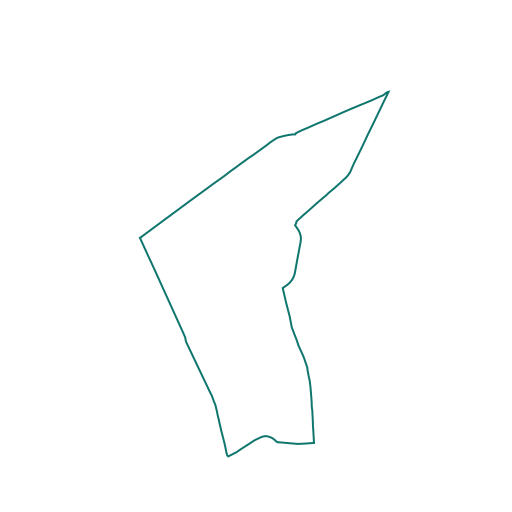 Misr al-Gadida, Al Qahirah, Egypt (Mercator projection), rotated 289°
{"feature_id": "37247803B70915432571750", "entity_name": "Misr al-Gadida", "entity_type": "district", "adm_level": 2, "iso_a3": "EGY", "parent_name": "Egypt", "parent_adm1": "Al Qahirah", "projection": "mercator", "projection_center": [31.323, 30.091], "detail": "fine", "context": "isolated", "style": "outline", "palette": "teal", "viewbox_px": 512, "rotation_deg": 289, "n_neighbors": 0, "source": "geoboundaries", "source_scale": "gbopen_adm2", "svg_char_len": 5565}
<svg xmlns="http://www.w3.org/2000/svg" viewBox="0 0 512 512"><g transform="rotate(289 256 256)"><path d="M234.6,141.1L226.6,148.7L225.1,150.1L210.2,164.4L208.0,166.5L205.2,169.1L204.9,169.4L204.7,169.6L159.4,212.4L155.7,215.8L154.5,216.3L153.9,216.7L153.4,217.0L151.9,218.0L111.5,257.6L111.2,257.9L111.0,258.2L109.5,259.7L104.5,263.8L101.8,266.2L101.4,266.4L101.1,266.6L100.8,266.8L100.7,266.8L100.4,267.0L99.9,267.4L99.6,267.6L99.2,267.8L98.8,268.1L98.2,268.4L97.7,268.8L97.1,269.2L96.6,269.5L96.0,269.9L95.5,270.2L95.3,270.3L94.9,270.5L94.3,270.8L93.8,271.1L93.3,271.5L92.7,271.8L92.2,272.1L91.9,272.3L91.5,272.5L91.4,272.6L91.2,272.8L90.8,273.0L90.4,273.3L89.9,273.6L89.5,273.8L89.1,274.1L88.6,274.4L88.3,274.6L88.1,274.7L88.0,274.8L87.7,274.9L87.4,275.1L87.2,275.2L86.7,275.6L86.2,275.9L85.7,276.2L85.1,276.5L84.8,276.7L84.5,276.9L84.2,277.1L83.8,277.4L83.5,277.6L83.2,277.8L82.7,278.1L82.3,278.3L82.1,278.4L81.6,278.7L81.2,278.9L81.1,279.1L80.6,279.3L76.1,282.3L68.0,287.6L60.4,292.1L58.2,293.6L58.0,293.9L57.8,294.2L57.8,294.5L57.8,294.9L57.6,295.1L59.0,296.5L60.7,298.1L63.9,301.2L69.6,305.5L77.7,311.9L81.1,314.5L81.6,315.0L82.2,315.5L84.1,317.5L86.0,319.4L86.3,319.7L86.6,320.1L86.9,320.5L87.2,320.8L87.5,321.3L87.7,321.7L88.4,322.8L88.6,323.2L88.7,323.5L88.9,323.8L88.9,324.2L89.0,324.5L89.1,324.9L89.2,325.3L89.2,325.7L89.3,326.2L89.3,326.6L89.3,327.1L89.3,327.5L89.3,328.1L89.3,328.6L89.3,329.0L89.3,329.4L89.2,329.7L89.2,330.1L89.0,331.1L88.8,331.8L88.6,332.3L88.4,333.0L88.3,333.3L88.1,333.8L87.7,334.5L87.5,335.1L87.3,335.4L87.2,335.8L87.1,336.1L87.1,336.5L87.0,336.8L87.0,337.2L87.1,337.5L87.1,337.9L87.3,338.2L91.8,356.3L92.0,356.7L92.1,357.1L92.3,357.5L92.4,357.9L94.8,363.9L97.5,370.2L97.8,370.9L97.9,371.2L98.1,371.7L106.7,368.2L108.6,367.4L110.6,366.6L112.6,365.7L114.6,364.9L117.1,364.0L119.5,363.0L121.9,362.1L124.2,361.1L126.1,360.4L127.9,359.7L129.6,358.8L131.3,358.0L133.2,357.2L135.2,356.5L137.1,355.7L139.0,354.9L139.7,354.6L140.4,354.3L142.2,353.5L145.0,352.3L150.4,349.9L155.1,347.6L159.6,344.9L162.6,343.2L164.4,342.1L165.1,341.8L165.5,341.6L167.3,340.8L171.7,337.3L174.6,335.1L177.3,332.8L180.1,330.1L185.4,325.1L188.7,322.7L190.6,321.1L191.7,320.2L192.4,319.6L192.5,319.5L193.0,319.1L194.7,317.6L196.5,316.2L198.2,314.7L200.0,313.2L200.5,312.9L201.1,312.5L209.4,307.8L217.1,302.7L222.4,299.2L234.4,291.7L234.9,292.1L235.2,292.3L235.4,292.5L235.6,292.6L235.9,292.8L236.3,293.1L236.7,293.4L237.0,293.6L237.3,293.8L237.6,294.1L238.0,294.3L238.3,294.5L238.7,294.8L239.0,295.0L239.3,295.2L239.6,295.4L240.0,295.6L240.3,295.8L240.7,296.0L241.0,296.2L241.4,296.4L241.8,296.6L242.1,296.7L242.4,296.8L242.8,297.0L243.2,297.1L243.6,297.3L244.0,297.4L244.4,297.6L244.8,297.7L245.2,297.8L245.6,297.9L246.0,298.0L246.4,298.1L246.8,298.1L247.1,298.2L247.5,298.2L247.9,298.3L248.2,298.3L248.6,298.4L248.9,298.4L249.3,298.4L249.8,298.4L250.2,298.4L250.6,298.4L250.9,298.4L251.3,298.4L251.8,298.3L252.2,298.3L252.7,298.2L253.2,298.2L253.7,298.1L254.2,298.0L254.6,298.0L254.8,297.9L255.2,297.9L255.5,297.8L255.9,297.8L256.3,297.7L256.7,297.6L256.9,297.6L257.2,297.6L257.6,297.5L257.9,297.5L258.1,297.4L258.5,297.4L259.0,297.3L259.4,297.2L259.9,297.1L260.0,297.1L260.4,297.1L260.8,297.0L261.2,296.9L261.5,296.9L262.1,296.8L262.3,296.8L262.7,296.7L263.4,296.6L263.8,296.5L264.2,296.5L264.8,296.4L265.0,296.4L265.4,296.3L265.8,296.2L266.7,296.1L267.1,296.1L267.6,296.0L267.9,295.9L268.5,295.8L268.9,295.8L269.4,295.7L270.0,295.6L270.3,295.6L270.5,295.5L271.2,295.5L271.8,295.4L272.1,295.3L273.0,295.2L273.4,295.1L273.8,295.1L274.6,294.9L275.4,294.8L276.1,294.7L276.3,294.7L276.8,294.6L277.4,294.5L278.0,294.4L278.5,294.4L279.1,294.3L279.5,294.2L280.1,294.1L280.6,294.1L281.1,294.0L281.5,293.9L282.0,293.9L282.5,293.8L282.9,293.7L283.3,293.7L283.7,293.6L283.9,293.6L284.1,293.5L284.4,293.5L285.0,293.3L285.5,293.2L285.9,293.1L286.3,293.0L286.7,292.9L287.1,292.7L287.5,292.6L287.9,292.5L288.2,292.3L288.5,292.2L288.8,292.0L289.1,291.9L289.4,291.7L289.8,291.5L290.1,291.3L290.5,291.0L291.0,290.7L291.5,290.3L291.8,290.1L292.0,289.9L292.3,289.7L292.5,289.5L292.8,289.2L293.0,289.0L293.2,288.8L293.7,288.3L293.9,288.1L294.3,287.6L294.7,287.1L295.1,286.6L295.4,286.2L295.8,285.7L296.1,285.3L296.4,284.8L296.7,284.5L296.9,284.2L297.1,283.9L297.2,283.7L297.3,283.6L297.5,283.3L297.7,283.0L299.2,283.2L300.2,283.3L300.9,283.2L301.0,283.1L301.6,283.0L302.0,283.1L305.3,284.8L305.7,285.0L306.1,285.3L310.0,287.4L311.5,288.3L313.0,289.2L313.2,289.4L313.5,289.5L316.2,291.0L325.5,296.2L334.0,301.2L335.8,302.4L336.4,302.7L337.0,303.0L337.6,303.3L338.2,303.6L338.8,303.9L339.8,304.4L345.1,307.7L354.3,312.8L356.1,313.7L359.3,315.5L362.2,316.7L365.8,317.7L376.0,318.5L379.5,319.0L379.9,319.1L380.0,319.1L394.9,320.9L406.2,322.1L420.6,323.9L433.6,325.4L444.8,326.7L453.5,327.8L454.4,327.9L454.2,327.6L453.6,326.8L452.3,325.8L451.9,325.5L451.4,325.2L451.2,325.1L450.9,324.9L450.4,324.6L450.0,324.3L449.5,323.9L448.9,323.4L446.3,320.4L440.2,314.0L433.3,306.1L429.8,302.2L425.3,297.1L419.9,291.2L415.5,286.5L410.1,280.7L405.9,276.2L401.7,271.4L398.1,267.5L394.8,264.0L389.6,258.2L387.5,256.1L386.2,254.8L384.9,253.6L384.4,253.6L383.8,253.6L382.8,250.9L381.0,247.4L378.8,243.6L377.3,241.4L375.8,239.1L374.6,237.6L373.1,236.3L370.1,234.0L367.8,232.3L364.5,230.2L361.2,227.9L354.8,223.4L350.4,220.3L348.7,219.1L348.1,218.6L347.6,218.2L346.8,217.5L343.2,215.0L337.8,211.2L332.8,207.8L328.2,204.5L325.0,202.4L320.9,199.7L309.6,191.6L303.9,187.7L286.0,175.2L235.9,140.8L235.5,140.4L235.3,140.3L235.1,140.6L234.6,141.1Z" fill="none" stroke="#0f766e" stroke-width="2"/></g></svg>